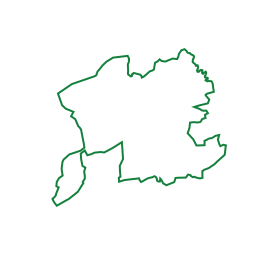 Gaya, Kano, Nigeria (Albers equal-area conic projection), rotated 161°
{"feature_id": "59680162B19536521240899", "entity_name": "Gaya", "entity_type": "district", "adm_level": 2, "iso_a3": "NGA", "parent_name": "Nigeria", "parent_adm1": "Kano", "projection": "albers", "projection_center": [8.975, 11.819], "detail": "fine", "context": "isolated", "style": "outline", "palette": "green", "viewbox_px": 256, "rotation_deg": 161, "n_neighbors": 0, "source": "geoboundaries", "source_scale": "gbopen_adm2", "svg_char_len": 4228}
<svg xmlns="http://www.w3.org/2000/svg" viewBox="0 0 256 256"><g transform="rotate(161 128 128)"><path d="M45.4,71.1L44.2,73.3L41.6,78.9L41.1,79.7L43.3,81.1L46.6,80.8L46.9,82.5L46.8,87.6L44.1,91.7L47.9,92.1L52.1,91.1L53.7,91.5L55.5,91.6L57.3,91.2L59.1,91.0L59.8,91.0L61.2,86.8L67.8,88.8L69.0,89.2L70.0,96.1L73.3,103.6L69.9,108.0L67.6,112.9L63.7,112.1L60.9,110.7L58.0,110.1L56.5,110.8L55.4,112.1L54.0,112.3L51.5,112.2L51.5,112.4L50.9,115.4L47.6,116.0L48.3,118.8L48.6,119.1L50.2,119.5L51.4,119.9L52.4,120.6L54.1,122.7L58.5,126.3L52.8,126.1L44.5,125.3L43.7,126.2L43.3,126.7L42.6,127.6L41.9,128.5L43.6,132.5L43.9,134.0L43.7,134.2L42.5,134.5L41.9,134.7L35.1,134.3L33.5,142.5L33.8,144.9L34.1,145.2L34.6,145.4L35.0,145.6L35.4,145.7L35.7,145.8L36.0,145.9L36.3,146.2L36.4,146.3L36.6,146.3L37.0,146.3L37.6,146.3L38.0,146.6L38.6,147.2L38.7,147.4L38.9,147.5L39.0,147.6L39.2,147.8L39.1,148.0L38.9,148.1L38.7,148.1L38.4,148.1L38.1,148.2L37.8,148.3L37.5,148.5L37.3,148.5L37.0,148.5L36.7,148.5L36.4,148.9L36.3,149.2L36.4,149.5L36.7,149.6L36.9,149.7L37.1,150.0L37.3,150.1L37.6,150.2L37.8,150.3L38.1,150.3L38.3,150.4L38.5,150.5L38.7,150.9L38.6,151.4L38.5,152.0L38.2,152.3L37.7,152.7L37.3,152.9L37.1,153.2L36.9,153.6L36.3,154.3L36.1,154.7L36.1,155.1L36.2,155.4L36.1,155.7L36.1,155.9L36.4,156.0L36.6,155.9L37.0,155.6L37.4,155.5L37.8,155.5L38.4,155.5L38.7,155.6L38.9,155.4L39.0,155.0L39.2,154.8L39.4,154.8L39.6,154.9L39.7,155.2L39.8,155.4L40.0,155.8L40.0,156.2L39.9,156.7L39.7,157.0L39.3,157.4L39.1,157.6L39.0,157.9L38.9,158.1L38.8,158.3L38.9,158.5L39.1,158.6L39.3,158.7L39.7,159.0L40.1,159.2L40.5,159.2L41.0,159.1L41.4,159.0L41.6,158.9L41.8,158.8L41.8,158.5L42.0,158.4L42.1,158.5L42.5,158.7L43.0,158.5L43.1,158.2L43.4,158.2L43.8,158.4L44.0,158.8L44.0,159.9L43.8,160.3L43.2,160.8L42.6,161.5L42.2,162.2L41.8,162.7L41.7,163.0L41.7,163.5L41.9,164.1L41.8,164.6L42.0,164.7L42.4,164.6L42.9,164.5L43.5,164.6L43.6,164.9L43.5,165.4L43.2,165.6L45.2,168.9L45.2,169.4L45.3,169.8L45.0,170.2L44.7,170.7L44.5,171.2L44.3,171.8L43.7,172.1L43.4,172.5L42.8,173.0L42.6,173.9L42.3,174.2L42.3,174.8L42.5,175.2L43.0,175.7L43.4,176.2L43.9,176.6L44.5,177.1L44.6,177.5L44.9,178.3L45.1,178.6L45.6,178.7L46.4,179.2L47.1,179.9L47.4,180.4L47.4,181.1L47.5,181.5L47.9,182.3L48.5,183.5L48.9,184.1L52.3,184.1L55.8,181.4L57.2,179.0L59.1,177.2L63.2,179.1L71.1,178.7L74.3,180.3L75.8,182.6L78.3,181.3L81.2,180.9L82.6,178.3L84.5,174.8L86.6,174.4L88.9,174.5L94.6,172.1L96.2,171.5L98.5,171.2L98.4,173.0L99.3,174.6L102.3,176.6L103.6,177.5L104.6,178.1L105.2,177.9L106.4,177.6L106.4,177.1L106.8,177.0L107.2,176.7L107.2,176.2L107.4,175.9L108.5,175.8L110.0,178.1L110.4,178.5L110.3,179.2L110.1,180.3L109.3,181.8L107.4,188.4L107.0,188.7L106.7,189.0L106.3,189.4L105.8,190.1L105.6,190.4L105.3,191.1L104.9,192.1L104.6,192.8L104.4,193.4L104.5,193.8L104.6,194.0L104.8,196.3L119.2,199.4L126.8,197.7L131.8,195.4L134.8,193.4L138.4,191.3L140.8,188.2L142.9,187.8L166.8,187.8L183.0,183.4L182.9,171.0L180.6,166.6L174.3,161.0L178.0,157.6L175.0,153.6L174.4,145.8L173.7,144.6L172.9,141.9L174.8,128.1L175.6,123.6L180.2,122.0L192.1,122.1L199.2,119.1L200.9,117.4L203.9,111.4L204.3,109.8L205.3,104.3L209.5,103.1L212.9,100.2L214.7,96.3L212.9,94.4L217.2,89.4L218.3,87.7L220.4,86.4L222.5,85.6L222.1,82.1L220.6,77.7L209.5,79.8L208.8,79.9L207.3,80.1L196.2,84.0L188.1,90.5L188.4,91.7L185.5,94.0L184.4,96.7L183.7,101.0L183.5,101.3L181.2,104.4L183.4,107.0L182.5,113.5L181.0,119.2L176.2,120.8L175.3,115.5L171.4,115.2L167.7,115.6L165.6,115.1L163.8,114.7L161.4,114.1L158.5,112.6L149.6,114.0L146.4,114.7L138.4,116.6L138.8,115.1L139.8,111.3L142.8,100.3L148.1,94.9L149.3,90.9L150.1,88.0L151.0,84.4L152.9,84.0L153.9,80.1L148.1,79.9L134.0,76.8L134.0,76.3L133.9,75.8L134.0,75.1L133.3,72.7L131.9,72.8L126.4,73.9L124.9,73.9L122.7,73.8L121.9,73.6L121.0,73.5L119.0,73.8L118.5,73.7L118.1,73.2L117.7,72.7L117.5,71.9L117.2,70.6L117.7,68.9L117.1,67.8L116.2,67.3L115.3,67.0L114.3,69.0L114.0,69.7L113.7,69.1L113.3,67.8L112.7,64.0L111.9,63.3L110.4,61.4L107.9,61.5L101.9,61.8L99.3,65.3L96.3,64.5L89.5,62.3L86.3,64.4L86.1,64.3L84.2,63.0L84.1,62.0L82.6,60.3L80.8,60.2L80.1,59.2L76.4,56.9L73.8,56.6L72.2,61.7L71.8,63.0L70.5,63.3L69.8,63.6L69.1,63.7L64.8,63.8L58.0,65.6L54.5,67.3L45.4,71.1Z" fill="none" stroke="#15803d" stroke-width="2"/></g></svg>